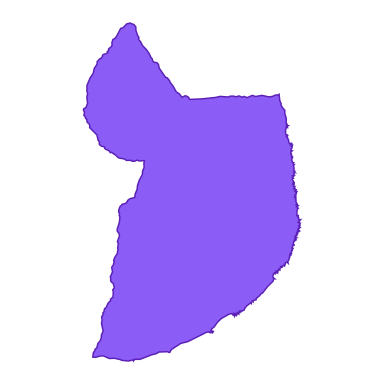 Santa Catarina Do Fogo, Santa Catarina do Fogo, Cabo Verde (Mercator projection)
{"feature_id": "66160863B71170562423195", "entity_name": "Santa Catarina Do Fogo", "entity_type": "district", "adm_level": 2, "iso_a3": "CPV", "parent_name": "Cabo Verde", "parent_adm1": "Santa Catarina do Fogo", "projection": "mercator", "projection_center": [-24.327, 14.901], "detail": "fine", "context": "isolated", "style": "filled", "palette": "violet", "viewbox_px": 384, "rotation_deg": 0, "n_neighbors": 0, "source": "geoboundaries", "source_scale": "gbopen_adm2", "svg_char_len": 6014}
<svg xmlns="http://www.w3.org/2000/svg" viewBox="0 0 384 384"><path d="M92.8,357.1L95.8,357.3L100.3,356.0L103.4,355.9L109.4,358.5L114.3,358.3L119.7,359.4L122.0,360.4L128.6,361.0L133.2,359.9L133.5,360.9L134.8,359.3L140.1,359.3L151.6,354.8L156.1,353.7L159.1,352.0L167.5,351.7L169.0,352.5L170.3,351.9L170.3,351.1L171.8,349.2L180.8,343.4L187.9,341.6L206.6,332.2L209.4,331.9L209.5,332.5L210.3,332.7L210.9,331.7L211.4,332.5L212.4,332.9L212.9,331.7L213.8,332.1L212.8,331.0L211.8,331.6L211.3,331.2L211.1,330.5L211.8,328.8L214.4,326.7L217.3,322.4L221.5,318.4L229.2,314.1L232.0,313.6L232.9,315.0L233.6,315.2L233.7,314.5L234.3,315.8L234.5,314.1L235.3,315.0L235.4,314.1L236.0,314.8L236.1,313.8L236.7,313.8L236.9,314.6L237.4,313.4L237.8,314.4L237.4,313.1L238.8,314.1L238.9,312.6L239.7,312.6L239.4,311.2L240.3,311.6L240.1,311.1L241.3,310.7L241.9,311.2L244.3,309.9L244.4,308.9L247.0,305.6L250.6,303.0L251.3,303.5L251.2,302.3L252.3,301.3L253.1,301.9L253.1,300.6L256.1,299.8L256.2,298.5L259.6,295.7L260.8,294.0L262.4,293.2L267.8,286.3L272.9,281.4L273.9,278.6L274.6,278.7L273.0,277.3L272.8,276.4L273.3,274.3L274.2,273.6L275.0,273.8L274.6,272.7L275.6,272.8L275.4,272.3L275.8,272.1L277.1,272.8L276.7,271.7L277.3,272.1L277.2,271.4L277.8,271.6L277.6,270.8L278.1,270.8L278.3,270.0L278.9,269.5L279.3,269.8L279.2,269.1L279.9,269.4L279.7,268.7L280.9,267.2L281.6,268.1L280.8,266.7L281.5,266.6L282.5,267.6L282.0,266.2L283.6,265.5L284.4,266.0L284.4,264.8L284.9,265.0L285.6,262.6L287.0,262.2L288.1,263.2L287.8,261.4L289.0,259.8L288.8,259.0L289.9,257.0L289.5,256.4L289.9,254.5L291.4,255.4L290.5,253.9L291.3,253.5L290.6,253.0L291.5,252.2L291.6,250.9L292.3,250.6L292.0,249.7L293.0,248.6L292.2,248.0L292.7,247.8L292.4,246.4L293.1,245.3L294.1,245.3L294.1,244.8L293.2,244.5L293.7,241.5L294.2,241.5L294.5,240.3L295.6,240.5L296.1,239.8L295.0,239.1L296.1,238.3L295.1,238.0L295.1,237.3L296.0,237.1L295.0,236.8L295.1,236.2L297.1,235.0L296.5,234.4L297.2,234.0L296.8,232.9L297.8,233.0L297.5,231.6L298.6,231.5L297.9,230.8L299.1,230.7L298.1,230.1L298.7,229.4L298.2,228.7L299.3,228.2L299.0,227.3L300.1,227.3L298.9,225.6L300.1,225.1L299.5,223.7L300.2,223.1L298.1,222.3L299.2,221.3L298.3,221.0L299.6,220.8L300.5,219.7L299.4,219.9L298.5,218.7L298.7,217.9L298.0,217.5L298.2,216.4L297.6,216.5L297.0,215.6L297.5,215.3L297.0,215.2L296.8,212.9L297.3,209.0L298.3,208.3L296.9,206.8L297.6,206.2L296.8,206.3L297.3,205.7L296.7,205.4L297.3,205.0L296.5,204.5L297.2,204.2L295.8,201.5L296.1,199.9L295.5,199.2L296.0,198.0L295.2,197.6L296.1,197.3L295.2,197.2L295.8,196.8L295.8,195.9L295.1,196.1L294.8,195.5L296.3,193.9L296.4,193.1L295.7,192.2L296.4,192.4L296.9,191.6L295.8,191.6L295.9,190.8L295.2,190.7L296.2,189.7L294.8,189.2L295.3,189.1L294.8,188.6L295.4,188.1L294.5,188.3L294.6,187.2L293.8,187.7L294.6,186.7L293.6,186.9L293.6,186.0L294.4,185.7L293.7,185.8L293.9,184.7L293.3,184.5L294.2,184.1L294.2,183.2L293.5,183.5L292.9,183.1L293.9,182.0L292.3,179.6L292.4,178.4L293.2,178.3L292.5,177.2L293.5,176.6L292.6,175.7L294.3,175.2L293.9,174.9L294.2,174.6L293.9,173.3L294.2,172.4L294.8,172.5L294.1,171.9L294.8,171.2L294.0,171.0L293.8,170.1L294.1,168.5L293.5,165.4L294.1,164.7L293.6,164.7L293.2,163.6L293.8,162.8L292.3,162.0L291.7,159.2L292.6,157.3L291.7,157.0L292.1,156.3L291.4,155.9L291.5,154.1L290.9,154.0L290.9,152.2L292.2,150.8L291.0,150.7L291.0,149.1L291.8,148.4L292.4,145.3L291.7,145.7L291.9,145.0L291.1,144.9L291.5,144.0L290.5,144.4L290.8,143.4L289.9,143.8L289.0,142.8L288.4,139.4L287.4,138.5L287.6,137.4L286.9,136.8L287.4,136.0L286.7,136.1L287.0,135.5L286.4,135.6L286.3,135.1L286.8,134.8L286.0,134.5L285.7,133.8L285.5,130.7L286.2,127.5L286.8,127.6L286.6,126.8L287.3,127.1L286.9,126.1L287.1,126.4L287.8,126.4L287.3,126.3L288.1,125.7L286.5,125.6L286.5,124.7L287.7,124.1L286.8,124.2L286.2,123.4L286.3,118.5L284.8,113.4L284.8,110.2L282.4,107.6L280.8,104.3L281.1,103.6L279.8,100.7L279.1,94.3L277.7,95.0L275.6,95.0L272.5,96.4L269.1,96.9L261.8,95.4L255.6,96.5L252.3,95.4L247.2,97.6L243.9,96.4L242.0,97.2L239.6,96.1L237.8,96.1L236.9,96.9L233.1,96.1L230.1,96.2L228.4,97.0L220.0,96.4L215.8,97.4L201.9,98.9L189.6,99.4L188.5,97.2L186.6,96.1L185.1,95.8L182.0,97.3L179.3,93.8L176.3,91.9L173.2,86.3L169.9,82.0L169.7,80.9L167.3,77.9L165.9,77.5L164.6,76.0L159.3,68.3L158.4,64.3L156.9,62.7L153.7,62.1L152.7,60.8L152.1,58.6L151.0,57.5L149.2,53.6L146.4,49.6L142.6,45.7L140.4,41.5L138.6,39.5L138.9,37.4L137.5,35.2L135.9,30.4L135.8,26.9L133.8,24.4L131.4,23.8L130.3,23.0L126.7,23.9L123.1,27.7L120.7,28.4L116.8,35.9L115.1,38.3L113.0,39.4L111.9,42.6L112.1,44.9L111.5,46.5L108.6,48.9L108.7,50.1L107.3,51.7L107.8,52.6L105.6,53.9L103.4,54.4L102.5,55.4L102.4,56.7L100.6,58.6L99.5,59.0L97.1,61.8L97.1,64.1L94.2,68.6L93.2,73.4L90.1,78.0L87.0,85.3L86.9,91.1L87.6,93.4L86.8,97.4L87.6,103.3L86.0,107.3L85.4,108.1L84.0,108.4L83.5,109.5L83.6,110.6L84.5,111.9L83.9,115.5L84.8,115.9L85.7,118.6L86.7,119.2L87.2,122.3L89.3,124.1L89.9,126.5L89.6,127.6L96.9,134.9L98.2,140.5L99.6,142.2L99.2,143.8L99.7,144.9L101.4,146.1L104.6,147.0L104.7,148.4L105.6,149.2L109.0,150.7L110.2,152.6L111.5,152.4L115.9,155.3L117.9,157.4L119.4,158.1L124.5,159.0L126.4,160.4L131.2,160.4L132.1,161.2L134.4,161.3L137.1,160.1L139.2,161.0L144.4,160.6L143.9,163.2L144.1,167.5L142.6,170.9L142.3,174.8L139.4,179.9L137.5,185.4L137.1,189.4L135.2,193.9L134.7,197.5L130.0,198.7L127.7,200.4L126.8,202.4L124.6,203.8L122.2,204.2L121.4,205.5L120.1,206.4L118.8,209.9L118.6,211.8L119.6,213.8L119.2,215.2L119.9,217.5L119.3,222.5L117.1,229.6L117.4,231.6L118.9,233.1L119.5,235.8L117.4,241.5L118.3,243.8L117.6,248.0L118.1,249.9L117.4,251.7L117.6,253.0L114.6,257.7L113.6,260.5L114.1,261.5L113.5,264.5L111.7,267.3L112.5,271.8L110.3,277.0L110.8,278.6L110.6,280.5L111.4,282.1L113.1,283.3L114.2,286.9L114.3,287.9L112.8,289.8L113.3,292.3L113.0,296.9L110.5,299.3L110.5,301.0L109.1,301.9L107.8,303.7L106.0,307.8L104.6,308.6L103.9,311.9L102.9,312.9L103.1,314.6L101.6,316.8L102.1,319.8L101.5,323.4L103.2,331.2L101.5,334.6L101.2,338.1L100.1,341.0L97.9,343.4L96.8,347.9L95.1,349.2L95.0,350.4L93.4,352.6L92.8,357.1Z" fill="#8b5cf6" stroke="#5b21b6" stroke-width="1.5"/></svg>